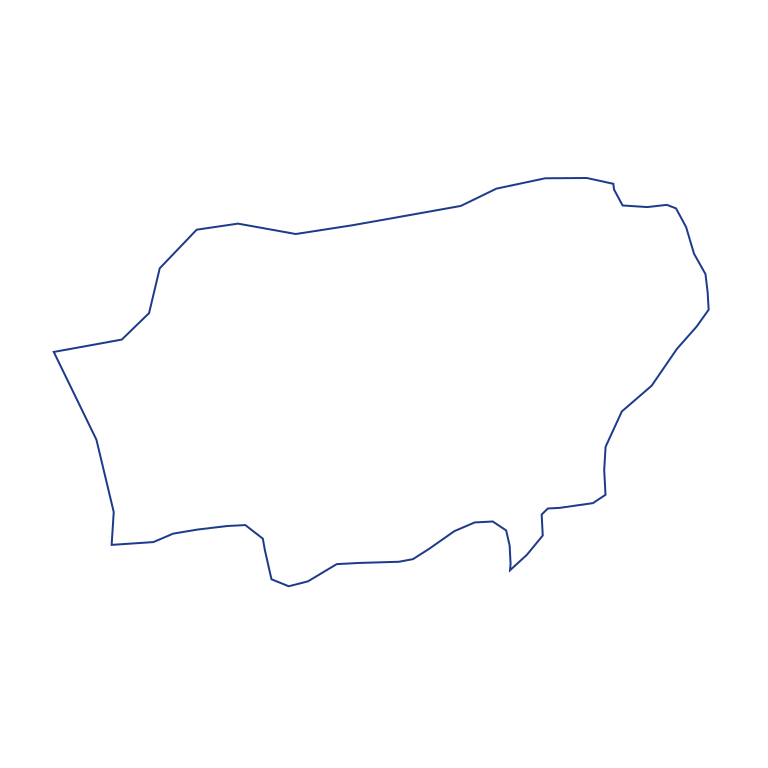 an SVG outline of Rankovce, rotated 267°
{"feature_id": "MKD-4846", "entity_name": "Rankovce", "entity_type": "Statistical Region", "adm_level": 1, "iso_a3": "MKD", "parent_name": "North Macedonia", "parent_adm1": "", "projection": "albers", "projection_center": [22.099, 42.204], "detail": "fine", "context": "isolated", "style": "outline", "palette": "blue", "viewbox_px": 768, "rotation_deg": 267, "n_neighbors": 0, "source": "natural_earth", "source_scale": "10m", "svg_char_len": 920}
<svg xmlns="http://www.w3.org/2000/svg" viewBox="0 0 768 768"><g transform="rotate(267 384 384)"><path d="M270.3,107.4L343.4,93.9L433.3,55.9L442.1,124.5L467.1,153.1L511.3,166.1L547.9,205.0L551.8,246.6L538.4,303.7L544.2,360.9L557.8,470.0L573.2,506.4L581.0,555.7L579.1,597.3L571.9,623.5L566.2,623.9L549.8,631.6L546.9,656.3L548.1,675.8L544.1,684.8L524.9,693.9L497.9,700.4L476.9,710.8L458.5,712.0L441.2,712.1L425.0,699.2L403.8,678.4L368.3,651.2L344.2,620.1L309.7,602.0L286.7,599.4L261.8,599.4L254.1,586.4L251.1,552.8L251.1,541.1L245.4,534.6L224.4,534.6L206.0,517.8L191.4,500.1L197.9,501.0L216.1,501.0L231.4,498.3L241.0,485.4L241.0,467.3L233.4,446.6L217.2,420.7L207.6,403.8L205.7,389.6L206.6,349.5L206.6,327.4L200.5,315.8L190.9,297.7L187.0,278.2L194.9,261.4L224.6,256.3L235.9,254.9L250.4,238.1L250.4,220.0L248.4,190.2L245.6,165.6L238.2,145.4L237.6,103.6L270.3,107.4Z" fill="none" stroke="#1e3a8a" stroke-width="2"/></g></svg>